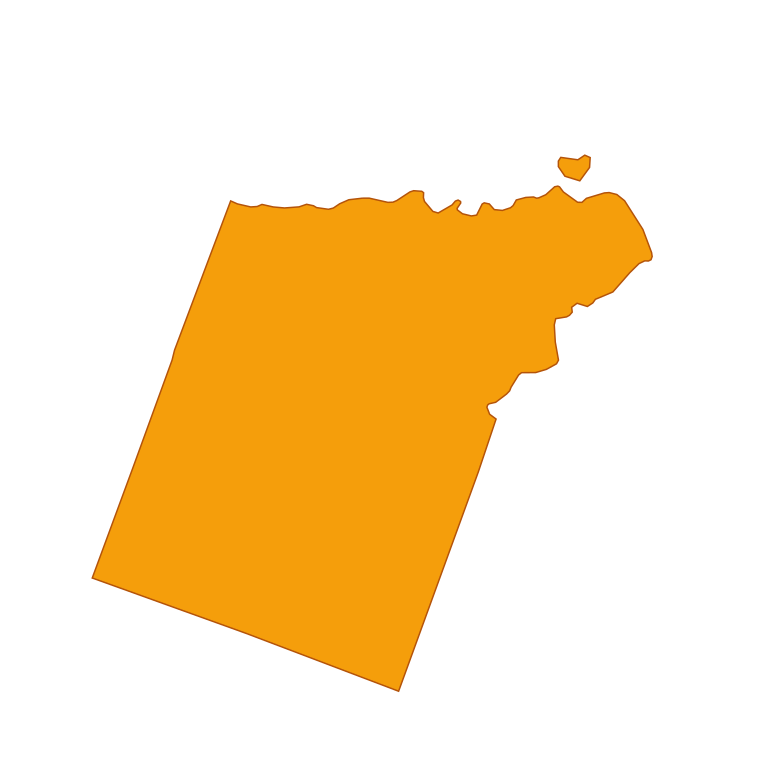 the district of Bayfield, Wisconsin, United States of America, rotated 20°
{"feature_id": "52423323B38033489940557", "entity_name": "Bayfield", "entity_type": "district", "adm_level": 2, "iso_a3": "USA", "parent_name": "United States of America", "parent_adm1": "Wisconsin", "projection": "equal_earth", "projection_center": [-91.063, 46.578], "detail": "fine", "context": "isolated", "style": "filled", "palette": "amber", "viewbox_px": 768, "rotation_deg": 20, "n_neighbors": 0, "source": "geoboundaries", "source_scale": "gbopen_adm2", "svg_char_len": 1551}
<svg xmlns="http://www.w3.org/2000/svg" viewBox="0 0 768 768"><g transform="rotate(20 384 384)"><path d="M502.8,667.7L502.7,434.2L501.3,378.6L493.6,376.3L488.6,370.6L488.6,368.2L489.6,366.6L495.2,363.0L502.6,351.5L504.4,347.4L504.5,343.6L507.4,329.5L509.4,326.3L522.6,321.4L531.6,314.7L539.2,306.0L539.8,301.9L530.6,286.0L523.8,270.2L523.0,263.9L532.6,258.5L534.8,256.0L536.3,252.1L534.1,247.7L537.8,242.1L548.6,241.6L552.5,236.4L553.7,232.1L567.6,219.2L576.9,195.3L582.4,183.7L586.9,179.1L590.4,178.0L592.4,175.9L592.4,172.5L590.5,169.0L574.4,150.2L547.4,129.5L538.0,126.3L530.1,127.1L525.7,129.1L510.7,140.3L507.9,145.6L503.8,147.0L486.9,142.2L481.5,138.7L479.7,138.6L476.9,140.3L471.3,150.8L465.8,156.1L463.9,157.2L460.6,157.1L453.4,160.2L445.4,165.8L444.3,172.2L442.6,175.1L435.9,180.4L428.0,182.4L421.4,178.8L416.2,179.5L414.7,181.3L413.3,193.6L408.6,196.2L399.5,197.2L393.4,195.3L392.6,194.0L394.2,187.7L393.5,186.3L390.7,185.8L388.5,187.7L386.7,192.5L376.4,204.8L370.9,205.1L359.6,198.6L357.3,195.4L355.8,190.7L353.6,190.0L345.8,192.2L342.7,194.6L333.3,207.2L330.2,210.1L325.5,212.0L306.6,214.4L300.1,216.8L287.9,222.9L280.7,229.8L276.2,236.0L272.1,238.8L260.3,241.3L256.8,240.6L249.8,241.6L243.6,246.6L230.3,252.6L219.4,255.5L207.9,257.0L204.1,260.6L198.2,263.2L184.7,264.9L177.3,264.4L175.6,423.8L176.7,434.1L176.7,549.1L176.2,666.1L339.3,665.5L502.8,667.7ZM472.6,110.6L471.6,114.9L473.5,120.1L483.0,126.9L498.5,126.1L503.1,110.2L500.3,100.7L494.4,100.3L489.5,107.0L472.6,110.6Z" fill="#f59e0b" stroke="#b45309" stroke-width="1.5"/></g></svg>